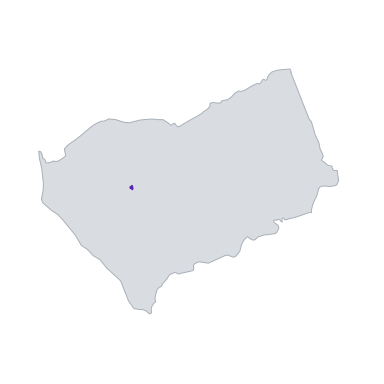 Old Tafo Municipal, Ashanti, Ghana (highlighted), rotated 69°
{"feature_id": "2480657B10806173713075", "entity_name": "Old Tafo Municipal", "entity_type": "district", "adm_level": 2, "iso_a3": "GHA", "parent_name": "Ghana", "parent_adm1": "Ashanti", "projection": "albers", "projection_center": [-1.61, 6.738], "detail": "fine", "context": "in_parent", "style": "filled", "palette": "violet", "viewbox_px": 384, "rotation_deg": 69, "n_neighbors": 0, "source": "geoboundaries", "source_scale": "gbopen_adm2", "svg_char_len": 3346}
<svg xmlns="http://www.w3.org/2000/svg" viewBox="0 0 384 384"><g transform="rotate(69 192 192)"><path d="M233.9,51.1L236.8,53.8L237.4,55.3L236.4,61.1L234.3,65.1L233.0,68.9L233.2,70.8L234.5,72.7L238.8,75.7L241.0,77.6L243.6,80.5L246.6,83.4L251.7,87.1L253.9,87.8L253.8,88.8L253.1,90.3L252.7,104.2L252.3,107.8L251.9,109.6L251.5,114.8L250.9,115.5L250.0,115.5L249.1,115.7L248.9,116.7L249.2,117.8L252.3,118.5L251.6,119.3L249.4,120.0L248.3,121.6L248.8,123.4L247.5,124.8L247.9,125.8L248.7,126.5L250.0,126.2L253.6,123.8L255.1,123.5L257.0,124.0L260.4,127.7L260.6,129.4L259.2,135.6L257.9,140.3L257.6,146.6L259.1,150.2L258.9,152.1L257.3,153.8L253.8,156.2L254.1,157.9L255.7,161.0L258.7,164.5L264.6,168.7L267.8,174.3L267.8,176.5L266.0,178.8L263.9,180.8L263.2,183.6L264.3,202.3L259.7,210.4L259.6,212.8L260.1,215.4L261.3,217.1L263.7,217.5L265.7,219.1L265.0,224.7L264.0,230.6L263.9,233.4L263.3,234.7L261.5,235.8L260.8,237.6L261.3,239.9L260.9,241.6L261.9,243.7L264.1,246.4L267.5,253.1L268.8,253.6L269.4,255.0L269.1,256.4L270.4,259.3L274.2,262.3L278.2,264.8L281.5,265.2L282.2,267.5L284.4,270.4L285.9,271.7L288.4,272.6L290.4,273.0L290.5,275.5L286.9,277.2L284.4,279.8L282.6,283.7L280.0,288.0L271.1,290.3L267.7,290.3L249.3,290.5L232.1,299.0L222.3,302.1L216.2,306.9L208.0,310.3L202.3,314.4L190.4,316.4L170.9,322.9L164.8,325.4L158.6,329.9L148.6,335.2L144.7,335.1L136.8,330.2L130.9,327.7L116.5,323.9L105.7,322.4L100.5,320.8L99.0,320.5L100.3,318.7L103.3,318.6L106.4,319.2L108.8,317.8L112.4,317.6L113.3,316.2L113.6,312.7L113.5,309.8L114.8,308.5L115.1,305.2L113.4,297.7L112.2,296.8L105.9,295.7L105.4,294.2L104.3,292.7L103.1,288.8L101.7,283.0L99.6,275.9L95.4,264.1L94.3,260.0L93.6,255.8L93.5,250.7L94.4,248.8L94.2,246.2L93.9,243.6L96.9,237.6L102.7,230.3L103.9,227.7L105.0,225.9L105.2,223.2L106.2,214.7L109.1,204.4L110.8,200.5L112.0,198.4L113.4,195.0L113.8,193.4L119.2,189.3L121.6,188.2L122.2,186.7L121.3,184.9L121.7,183.7L123.0,183.1L125.0,182.7L126.4,181.0L124.2,168.3L122.4,155.6L122.3,154.5L121.2,152.8L120.1,147.6L118.3,144.5L115.8,143.6L115.8,140.7L118.4,135.8L119.1,133.0L117.8,132.1L117.7,129.9L118.5,126.3L118.1,124.1L117.7,121.8L115.0,116.2L114.4,112.3L115.8,110.0L115.7,105.0L114.3,97.2L114.1,92.3L115.1,90.3L114.6,88.4L112.7,86.5L112.6,84.7L114.2,83.0L114.0,81.6L112.0,80.6L110.2,78.2L108.6,74.5L108.9,68.4L112.0,57.3L112.4,56.4L115.8,56.4L115.8,56.9L126.5,56.8L138.7,56.7L153.3,56.6L166.5,56.5L167.1,56.0L169.3,55.3L182.7,56.5L191.1,55.9L194.6,56.3L197.2,57.0L203.0,56.5L206.1,56.8L208.4,59.6L209.4,59.5L210.7,58.4L213.0,57.0L215.3,56.0L217.0,53.8L218.0,52.1L219.5,52.5L221.7,52.4L223.2,51.0L223.8,48.8L233.9,51.1Z" fill="#d9dde1" stroke="#a8b0b8" stroke-width="1"/><path d="M164.6,245.9L164.7,246.1L164.8,246.4L164.9,246.6L165.0,246.7L165.1,246.8L165.1,247.0L165.2,247.4L165.2,247.7L165.3,247.8L165.3,248.0L165.8,247.9L166.2,247.9L166.5,248.1L166.7,247.7L166.9,247.3L167.0,247.3L167.1,247.2L167.4,247.2L167.5,247.2L167.8,247.1L168.0,247.0L168.2,246.7L167.9,246.6L167.5,246.4L167.4,246.3L167.2,246.3L167.2,246.2L167.0,246.3L166.9,246.3L166.8,246.1L166.7,246.0L166.7,245.9L166.5,245.7L166.4,245.7L166.3,245.8L166.4,246.0L166.5,246.1L166.4,246.2L166.2,246.2L166.2,246.3L166.2,246.2L165.9,246.1L165.7,246.1L165.7,245.9L165.4,245.8L165.4,245.7L165.2,245.6L164.9,245.6L164.8,245.8L164.7,245.8L164.6,245.9Z" fill="#8b5cf6" stroke="#5b21b6" stroke-width="1.5"/></g></svg>